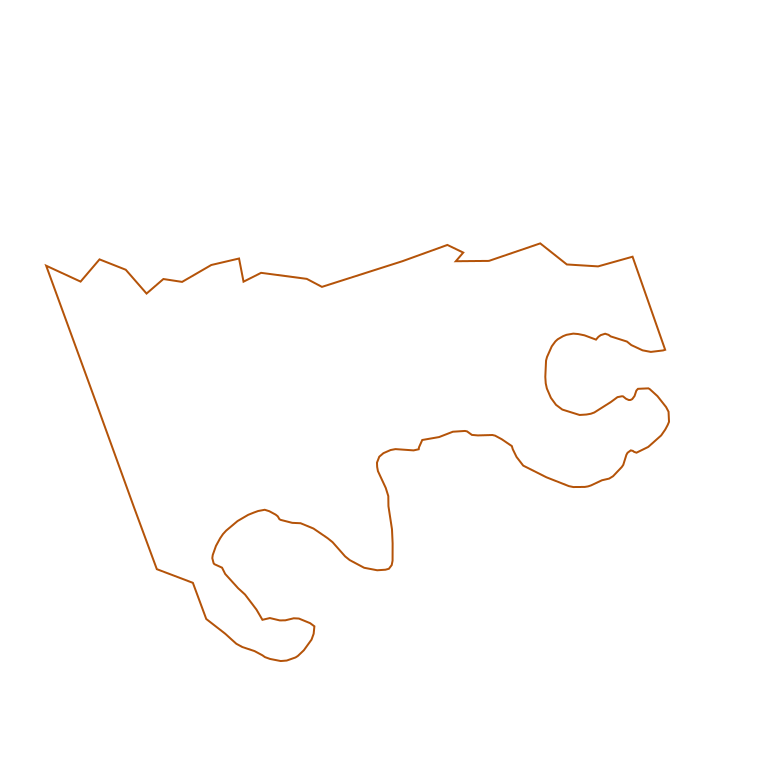 East Carroll, Louisiana, United States of America (Mercator projection), rotated 70°
{"feature_id": "52423323B62370676746754", "entity_name": "East Carroll", "entity_type": "district", "adm_level": 2, "iso_a3": "USA", "parent_name": "United States of America", "parent_adm1": "Louisiana", "projection": "mercator", "projection_center": [-91.146, 32.771], "detail": "fine", "context": "isolated", "style": "outline", "palette": "amber", "viewbox_px": 768, "rotation_deg": 70, "n_neighbors": 0, "source": "geoboundaries", "source_scale": "gbopen_adm2", "svg_char_len": 2433}
<svg xmlns="http://www.w3.org/2000/svg" viewBox="0 0 768 768"><g transform="rotate(70 384 384)"><path d="M544.0,631.4L544.5,631.1L564.4,618.6L570.3,615.5L577.6,611.6L582.7,607.1L590.7,597.0L597.4,591.0L599.9,589.3L603.4,585.1L609.0,575.8L610.6,570.0L610.7,560.7L610.1,558.0L606.8,550.4L599.4,539.5L594.6,535.5L587.9,532.3L583.5,535.2L575.3,544.2L573.3,548.9L572.3,557.6L570.5,562.8L564.9,571.3L564.0,578.9L552.4,581.0L534.3,586.6L526.1,590.9L508.2,598.2L501.2,599.0L495.3,605.0L494.1,605.4L488.9,604.9L486.1,603.4L478.7,597.3L472.9,590.7L470.0,586.7L467.8,582.5L462.7,568.5L460.5,556.4L460.3,550.4L460.3,545.7L461.4,539.1L462.0,538.3L464.3,535.3L469.7,530.5L472.0,529.1L475.3,528.5L476.4,527.5L483.1,517.7L486.3,510.0L495.7,499.7L509.5,489.8L515.1,486.4L532.7,479.5L537.8,476.4L549.9,465.5L556.7,454.1L559.0,446.2L559.3,442.6L556.8,438.7L553.0,436.4L536.7,430.4L523.3,426.2L500.3,421.6L490.8,418.3L482.3,417.9L463.8,419.5L459.6,418.8L455.5,417.5L450.7,413.3L448.8,408.2L448.3,400.4L449.1,395.5L456.5,378.9L457.2,373.7L455.5,372.8L449.7,367.2L452.7,350.4L452.4,335.6L455.8,324.0L456.9,322.2L461.9,318.8L464.4,313.4L469.0,299.6L470.5,297.3L476.1,292.3L486.1,285.1L489.3,285.3L497.9,284.4L508.3,281.1L527.2,263.3L543.2,245.2L545.6,241.3L549.4,230.5L550.0,227.3L550.0,227.1L550.1,224.2L549.0,212.1L549.9,204.8L549.0,200.3L543.3,188.9L541.8,186.8L533.4,180.4L531.9,178.6L530.8,174.8L532.0,173.0L533.3,172.2L534.9,170.2L533.5,157.2L527.1,141.1L523.0,135.3L519.6,131.5L517.0,129.1L507.4,126.1L502.2,126.8L488.9,131.2L479.6,136.1L478.5,137.1L475.4,147.0L476.5,149.1L481.0,152.7L483.1,155.9L483.3,157.8L482.8,159.4L480.7,161.6L477.4,163.6L476.9,164.6L476.2,169.1L478.5,176.9L482.7,196.1L482.7,199.8L481.9,204.3L480.0,210.8L469.0,225.2L462.4,229.5L454.1,231.9L443.9,232.5L438.7,231.8L432.5,230.0L417.4,223.7L414.4,221.6L406.0,213.5L402.6,208.4L401.4,205.5L400.3,199.4L400.2,195.7L401.4,188.9L403.5,184.4L406.8,179.0L414.8,169.6L413.0,166.4L412.2,163.6L412.4,159.0L414.6,156.2L416.8,154.7L427.2,141.2L432.0,138.3L440.8,129.5L445.1,122.3L447.9,110.3L448.0,108.1L349.4,106.9L346.7,142.6L334.2,171.3L305.3,189.1L304.2,243.3L293.2,274.5L287.6,264.6L275.0,276.9L274.9,324.7L271.5,409.1L258.8,420.6L237.5,461.5L239.8,481.0L216.5,477.3L213.1,505.6L219.0,538.8L209.9,555.4L217.8,576.2L188.3,587.6L169.6,608.7L184.0,634.1L157.3,661.0L307.8,660.9L414.1,661.1L480.3,660.8L505.5,631.6L544.0,631.4Z" fill="none" stroke="#b45309" stroke-width="2"/></g></svg>